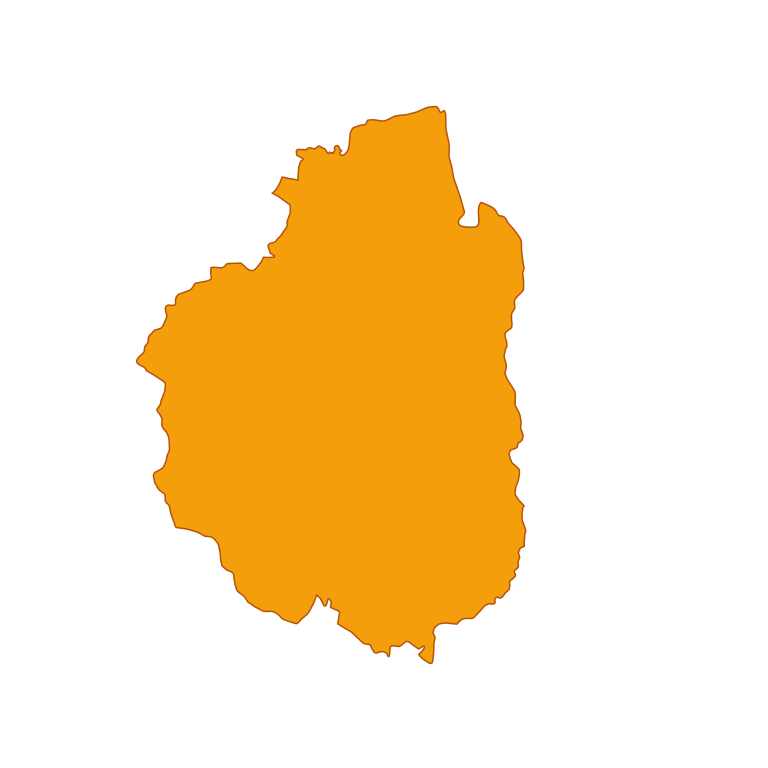 Tan Ky, Nghệ An, Vietnam, rotated 306°
{"feature_id": "81297802B12421029194754", "entity_name": "Tan Ky", "entity_type": "district", "adm_level": 2, "iso_a3": "VNM", "parent_name": "Vietnam", "parent_adm1": "Nghệ An", "projection": "equal_earth", "projection_center": [105.224, 19.102], "detail": "fine", "context": "isolated", "style": "filled", "palette": "amber", "viewbox_px": 768, "rotation_deg": 306, "n_neighbors": 0, "source": "geoboundaries", "source_scale": "gbopen_adm2", "svg_char_len": 6171}
<svg xmlns="http://www.w3.org/2000/svg" viewBox="0 0 768 768"><g transform="rotate(306 384 384)"><path d="M367.7,569.0L369.5,560.4L371.7,555.2L372.3,554.5L374.5,553.0L378.6,551.1L385.5,549.1L391.3,546.1L393.7,544.3L394.4,543.3L394.8,541.1L395.4,534.3L395.8,533.2L397.5,530.5L400.8,526.4L401.5,526.0L403.5,525.5L405.5,525.5L409.5,528.4L411.0,528.9L412.8,528.3L414.4,527.2L415.7,527.4L417.7,528.4L420.2,528.6L420.9,528.5L424.6,526.3L428.4,520.7L429.5,519.7L432.1,518.5L435.3,515.9L438.9,512.0L440.5,509.4L443.2,503.8L444.2,502.4L452.6,496.5L454.6,494.5L456.3,491.2L459.6,482.4L461.7,478.4L463.0,476.5L464.0,475.5L469.6,473.0L472.6,470.4L476.0,465.7L477.9,464.4L483.7,461.8L486.6,461.4L490.1,458.5L493.1,454.5L495.3,452.6L497.1,452.2L499.2,452.4L503.7,454.0L505.4,453.8L507.6,452.4L511.1,449.3L515.2,446.2L517.5,445.6L521.5,445.5L522.4,445.2L527.4,441.0L529.1,440.2L532.7,440.3L540.4,441.6L542.5,441.3L549.6,436.2L555.8,430.5L559.0,429.8L560.0,429.2L565.4,423.6L573.4,416.4L579.5,411.9L581.0,410.0L582.2,407.7L585.3,398.5L586.9,390.8L587.7,388.6L589.0,386.1L589.6,384.1L589.6,382.1L589.1,380.6L587.9,378.5L587.8,377.8L587.8,377.2L590.3,371.5L590.5,367.8L590.1,364.9L588.2,356.5L587.9,355.9L586.8,355.7L584.5,356.1L582.1,357.1L578.8,359.1L570.6,365.7L568.2,366.7L567.1,366.7L565.9,366.5L563.9,364.9L558.8,357.5L557.2,354.0L557.0,351.3L558.2,349.4L559.5,348.5L561.5,348.1L568.3,348.7L570.3,348.1L579.9,336.0L591.6,319.3L599.4,311.2L606.4,302.6L614.4,297.4L617.5,294.5L626.4,284.5L638.0,275.6L639.6,273.9L640.4,272.7L640.5,271.8L636.9,270.5L636.7,270.1L638.9,265.7L639.3,264.0L638.9,262.7L634.5,257.7L632.5,256.0L623.3,250.6L615.4,244.2L609.2,237.3L606.9,235.2L598.8,230.9L597.1,229.6L595.3,227.5L592.8,222.3L591.2,219.6L588.0,215.9L587.3,215.8L583.7,216.5L583.0,216.3L582.3,215.9L579.7,213.0L573.4,208.6L571.2,208.4L567.2,209.2L556.1,215.8L552.2,217.4L549.4,217.6L546.4,217.1L545.0,216.5L544.1,215.3L544.4,213.2L545.3,212.3L547.2,212.6L547.8,212.4L548.0,211.6L547.7,210.0L548.8,209.1L549.3,208.2L549.6,207.0L549.2,205.7L547.7,204.8L546.1,205.0L543.9,206.9L541.8,207.0L540.9,207.5L540.5,206.9L540.7,206.0L540.0,205.1L539.5,203.7L538.0,204.1L537.7,203.6L538.2,201.1L539.4,198.3L538.5,191.8L538.1,191.2L533.4,189.7L531.5,185.1L530.8,184.3L529.9,183.7L528.2,183.5L527.6,183.1L523.3,176.6L522.7,176.1L520.8,176.2L517.8,178.9L518.7,185.3L518.5,186.3L517.9,186.5L515.8,185.8L513.8,186.1L509.3,187.6L498.1,194.5L496.4,190.1L494.6,186.8L491.6,180.0L485.7,181.5L479.6,182.3L476.3,182.2L472.7,181.5L473.6,187.4L473.7,201.4L473.6,202.4L473.1,203.3L471.5,204.6L467.0,207.8L459.8,209.6L457.3,210.8L455.2,212.7L453.8,213.0L442.8,213.3L439.7,212.6L435.7,212.5L434.6,212.1L432.7,210.8L430.5,208.9L428.0,208.7L426.4,210.3L423.3,214.8L422.9,216.0L423.3,219.9L422.7,220.5L422.3,220.5L421.7,220.1L418.7,216.5L415.6,212.0L414.6,212.0L411.9,212.8L404.9,212.9L400.3,212.1L399.2,211.6L398.3,210.8L397.2,208.9L396.9,207.5L396.9,204.5L397.7,198.6L397.5,196.9L389.4,186.6L388.6,186.2L384.7,185.7L382.1,184.0L379.2,178.9L376.8,175.8L376.4,175.6L371.8,178.7L368.0,182.3L366.6,182.2L364.5,181.2L362.7,179.8L354.8,172.3L353.9,171.9L349.6,172.4L346.8,172.1L345.3,171.5L336.6,165.6L334.8,164.8L332.6,164.8L331.0,165.3L329.0,166.2L326.4,168.2L325.0,168.3L323.7,167.3L321.0,163.0L319.6,162.3L318.0,162.1L317.0,162.4L315.7,163.4L311.0,168.8L300.8,171.1L297.8,170.7L292.6,166.7L287.6,166.2L285.8,165.7L283.1,166.1L279.3,168.5L278.0,168.8L273.9,168.5L272.7,168.9L269.1,171.0L267.0,170.9L261.2,169.7L258.1,170.0L256.9,170.7L256.1,171.7L255.7,173.4L256.0,177.1L256.6,180.1L256.3,181.7L255.2,183.6L256.1,194.3L256.5,202.9L256.2,205.9L255.2,207.4L250.0,210.5L248.5,211.1L240.0,213.3L236.1,215.0L230.0,215.3L229.4,215.6L228.6,217.1L227.5,221.0L225.6,224.6L223.5,226.3L220.9,227.8L219.4,229.3L217.9,232.7L217.3,235.9L215.4,239.5L214.1,241.3L211.9,243.5L205.3,248.6L203.3,249.7L199.0,250.5L194.0,252.8L187.0,254.5L183.7,253.5L178.0,250.7L176.1,250.6L174.0,251.5L169.6,256.4L166.4,263.3L166.1,264.5L166.1,270.3L165.8,271.3L164.9,272.7L161.0,275.7L160.3,276.9L160.0,277.9L159.5,281.5L153.8,287.9L146.0,299.3L145.9,300.2L146.3,301.2L151.0,310.2L153.8,317.9L154.9,322.3L155.4,327.7L156.0,329.5L158.5,333.3L158.9,335.3L158.8,338.0L157.7,342.3L156.3,345.0L150.5,351.3L146.3,354.7L141.9,359.5L141.6,360.3L141.1,365.9L142.3,370.8L142.2,372.9L141.5,374.4L138.0,377.4L134.3,381.4L131.7,384.7L130.4,386.9L130.1,389.1L130.1,395.4L127.5,402.4L127.9,405.6L127.8,409.8L128.9,418.5L129.4,420.0L131.2,423.2L133.5,425.8L134.9,428.8L135.3,431.3L135.2,433.3L135.1,435.7L134.3,438.8L134.3,440.8L136.7,448.8L138.5,453.9L140.0,454.8L146.5,455.6L151.9,457.1L156.6,457.2L165.8,455.8L173.7,453.6L173.1,458.6L169.5,465.4L169.4,466.1L169.9,467.0L170.6,467.2L171.5,467.2L176.7,465.3L177.5,465.3L177.7,465.6L177.3,468.7L176.4,469.7L171.8,472.1L173.6,480.2L173.4,482.2L162.8,487.5L163.3,494.9L164.2,503.4L162.1,519.7L163.0,522.2L164.7,525.5L164.8,526.1L162.5,530.4L161.4,533.0L161.2,534.2L161.3,535.0L162.2,536.3L166.0,539.0L166.8,540.3L167.7,542.8L167.7,544.6L166.1,547.2L166.3,548.1L166.6,548.3L167.6,547.9L174.1,544.1L175.1,543.8L176.5,544.0L177.1,544.6L180.6,550.6L182.6,551.6L188.0,552.9L189.4,554.1L189.9,555.6L189.9,567.2L190.4,568.0L194.3,569.5L195.1,570.0L195.4,570.6L195.0,571.2L193.9,571.8L188.9,571.7L187.1,571.1L186.0,571.1L185.2,572.0L184.4,576.8L184.7,584.2L185.1,585.3L185.9,586.4L186.6,586.8L188.4,586.4L197.7,580.9L204.0,576.5L208.1,574.8L209.3,573.8L211.2,570.5L212.2,569.4L214.7,568.6L217.7,568.3L221.2,569.2L222.3,569.7L224.7,571.9L227.1,574.7L232.6,584.1L236.1,584.5L240.1,585.7L241.9,587.4L244.3,590.4L246.0,593.0L248.0,594.0L258.1,595.3L263.3,595.7L266.8,597.3L268.2,598.4L270.0,601.5L270.9,602.2L271.8,602.5L272.7,602.2L274.8,600.1L276.5,600.2L277.4,600.3L278.3,601.2L279.0,603.7L280.2,604.5L282.3,605.0L286.6,605.0L290.2,605.9L291.6,605.9L293.9,604.9L297.7,601.9L299.8,601.7L301.9,602.7L306.0,603.2L307.5,602.0L308.0,600.5L309.1,599.5L310.0,599.2L313.4,600.2L315.0,600.2L319.5,596.7L323.1,595.9L324.3,594.7L326.4,592.0L327.2,591.5L331.1,590.8L333.0,591.5L335.2,592.9L338.3,590.5L345.2,586.3L348.2,585.2L349.7,583.8L355.1,575.8L359.2,572.6L365.5,569.0L367.7,569.0Z" fill="#f59e0b" stroke="#b45309" stroke-width="1.5"/></g></svg>